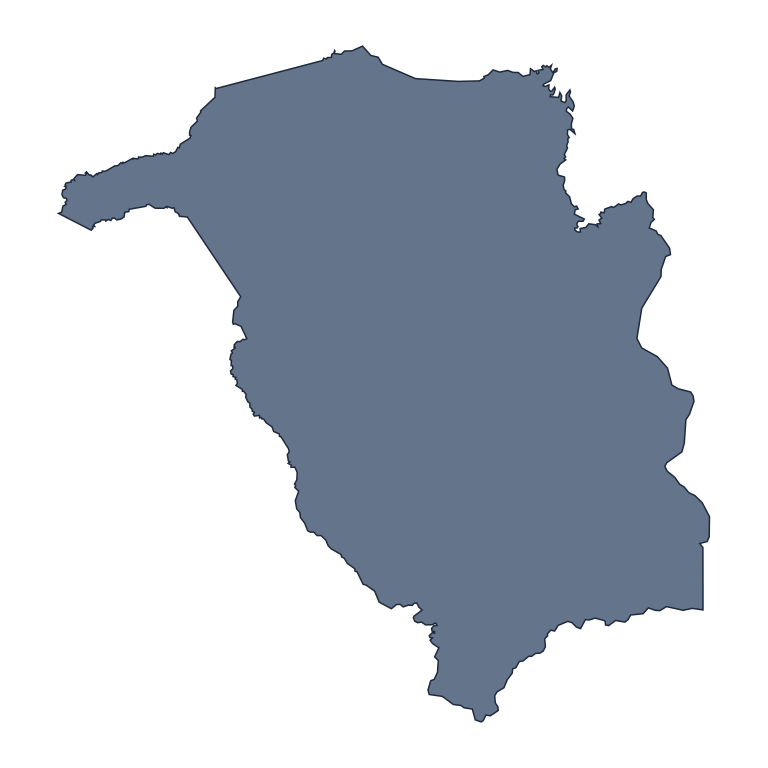 Kasempa, North-Western, Zambia
{"feature_id": "96606910B75049689384444", "entity_name": "Kasempa", "entity_type": "district", "adm_level": 2, "iso_a3": "ZMB", "parent_name": "Zambia", "parent_adm1": "North-Western", "projection": "mercator", "projection_center": [25.871, -13.795], "detail": "fine", "context": "isolated", "style": "filled", "palette": "slate", "viewbox_px": 768, "rotation_deg": 0, "n_neighbors": 0, "source": "geoboundaries", "source_scale": "gbopen_adm2", "svg_char_len": 6017}
<svg xmlns="http://www.w3.org/2000/svg" viewBox="0 0 768 768"><path d="M215.3,87.8L215.0,97.2L200.5,110.9L200.8,112.2L196.6,118.0L197.3,121.1L191.0,127.3L189.6,131.8L189.6,135.2L191.0,135.7L189.7,138.3L180.3,144.2L179.3,147.8L177.8,147.4L175.7,151.6L172.6,153.5L170.7,152.4L168.9,154.6L163.3,152.7L162.3,154.1L161.0,153.1L160.5,154.2L157.3,153.4L155.9,154.8L153.7,154.2L153.4,156.2L145.5,155.7L142.2,157.2L138.5,157.0L138.5,158.5L137.2,158.9L133.1,158.2L132.9,159.3L131.8,158.8L124.8,162.7L122.9,162.3L122.7,163.5L120.9,162.7L117.8,165.7L114.7,165.9L105.4,171.3L102.3,171.0L101.9,172.5L98.3,173.0L97.5,174.6L96.6,173.7L92.9,176.9L90.8,174.9L89.3,175.1L86.5,171.8L85.3,173.0L86.5,173.6L85.5,175.3L77.5,174.6L74.0,178.6L74.4,180.3L73.3,179.5L71.1,180.3L71.2,181.9L66.1,183.0L65.2,184.5L65.7,185.5L64.6,186.3L66.3,187.3L65.4,189.2L62.8,190.1L61.9,194.6L63.5,197.7L66.4,198.5L67.0,200.5L65.1,202.3L66.2,204.3L62.9,206.1L61.7,212.1L58.5,213.4L91.2,230.2L93.0,228.4L92.7,226.5L94.7,226.5L93.7,225.1L95.0,223.3L100.3,221.5L101.3,219.9L105.4,219.9L105.9,221.1L107.9,219.5L110.9,220.5L112.4,218.1L114.7,218.2L116.7,219.9L120.9,219.1L124.1,216.9L124.8,212.2L128.8,211.6L129.2,209.3L145.9,206.3L146.6,204.8L149.0,204.3L155.1,208.2L164.0,208.3L165.7,206.9L167.0,207.7L167.1,206.5L172.3,208.3L174.0,207.7L175.1,211.7L178.4,213.6L179.5,216.3L187.3,217.0L240.7,296.7L237.7,301.8L237.8,306.2L233.9,310.3L232.6,322.4L233.3,324.2L234.9,323.7L241.0,326.3L246.8,338.6L244.7,339.8L242.9,339.3L240.1,341.6L237.3,341.4L234.1,344.9L235.1,347.5L234.1,347.2L234.4,348.7L231.3,350.8L232.5,353.0L231.0,354.2L229.9,359.5L231.4,360.4L231.1,365.6L232.5,365.8L232.9,368.5L230.5,371.1L231.1,374.0L233.1,374.5L233.0,376.6L235.8,377.4L235.1,378.9L236.9,379.9L237.3,383.6L235.9,385.4L242.3,389.4L242.4,391.3L243.7,391.2L246.2,394.6L245.6,397.1L247.8,401.7L249.8,403.2L250.0,407.3L251.9,408.8L252.3,411.3L254.4,412.3L253.2,414.2L254.4,416.1L259.4,415.4L259.6,418.0L261.3,417.5L261.8,418.9L263.6,419.0L266.1,422.7L272.0,426.9L273.7,431.5L279.3,434.0L279.5,436.3L281.2,437.1L288.5,448.7L289.2,452.0L287.3,454.6L288.4,461.1L289.8,461.9L288.1,463.4L291.2,465.1L291.0,467.3L294.9,467.2L297.2,472.5L296.8,479.9L294.5,484.2L295.7,485.4L294.8,487.5L298.7,491.2L295.3,500.6L296.7,508.9L299.8,512.4L300.4,517.5L304.6,523.0L307.7,530.7L310.2,532.1L313.7,532.1L317.2,535.6L321.1,535.6L325.8,540.1L328.2,545.8L331.4,549.0L340.9,554.4L341.6,556.9L344.3,558.3L347.3,563.4L354.8,568.7L355.0,571.2L357.1,571.8L363.1,584.3L365.8,584.9L374.7,591.2L379.2,602.2L391.4,608.7L396.5,604.5L400.2,604.4L403.2,606.9L408.2,605.2L412.4,605.3L413.9,603.4L416.8,603.0L418.9,607.2L422.1,610.0L414.0,616.2L413.4,617.6L414.7,621.2L417.6,622.7L421.5,622.1L425.7,624.9L432.3,624.7L435.2,623.0L436.8,624.3L436.9,625.5L434.0,625.6L431.5,628.5L432.0,631.0L434.6,631.7L434.5,633.2L432.6,632.5L429.2,635.7L430.0,637.5L432.4,638.0L430.1,640.2L432.5,643.5L438.9,647.8L434.6,656.9L438.3,660.5L437.5,672.1L434.3,679.3L430.7,680.7L428.0,689.9L429.2,694.5L442.4,696.4L453.3,704.5L461.1,705.5L463.9,707.7L472.3,709.1L475.3,719.9L481.2,721.9L483.2,720.6L486.0,715.0L490.3,715.8L498.2,710.5L497.9,706.8L495.3,702.9L494.7,695.7L497.1,691.8L503.9,687.8L507.3,679.6L512.2,673.2L512.7,668.8L515.9,667.7L519.3,661.5L523.0,661.0L528.7,656.3L531.7,656.3L535.5,653.4L539.8,653.2L543.2,651.1L545.4,646.8L544.7,638.8L547.6,635.9L547.4,633.9L550.7,630.2L554.7,631.0L558.1,625.4L567.8,621.4L572.1,622.7L576.4,627.1L580.6,628.6L585.4,619.6L589.3,620.0L594.9,618.1L603.8,620.4L605.2,621.4L605.5,625.0L608.7,625.6L615.6,620.5L624.9,622.1L628.1,619.6L630.7,615.0L643.1,613.7L648.4,607.9L655.4,610.4L660.0,610.6L666.5,606.6L683.1,610.3L692.1,608.4L703.0,609.9L702.9,547.5L699.7,543.5L707.2,541.5L709.2,536.8L709.5,516.7L702.2,502.7L694.8,495.5L688.9,492.8L684.2,487.0L679.5,484.1L674.9,477.5L667.2,471.2L664.8,466.3L666.8,462.7L681.9,451.9L684.3,443.0L685.9,419.7L689.5,414.2L694.0,401.3L693.1,395.9L690.7,392.0L678.3,388.8L671.9,385.1L667.5,368.1L657.4,356.7L641.7,347.9L636.9,338.5L641.8,308.1L661.0,276.5L661.2,269.5L665.7,256.5L670.5,254.6L669.6,248.3L660.8,235.5L657.9,234.4L656.1,230.9L649.2,227.9L651.1,222.4L654.3,219.4L652.8,217.5L653.4,209.7L647.9,203.6L646.2,199.3L646.3,193.0L644.6,192.0L642.5,192.4L640.6,196.0L637.2,196.0L633.0,198.7L631.1,202.3L627.7,201.4L625.8,203.4L620.9,205.0L618.6,203.9L613.7,207.5L611.6,206.6L604.9,209.0L604.0,212.8L600.9,212.1L600.6,213.8L599.0,214.4L601.7,218.1L599.0,220.1L600.8,223.6L597.1,223.9L597.7,226.7L595.5,224.7L588.8,223.8L585.8,227.5L580.1,228.5L580.4,232.1L577.3,231.9L574.8,229.8L574.7,228.2L577.2,227.9L578.0,226.6L576.6,224.1L578.3,221.3L583.1,221.2L584.3,219.0L574.4,214.2L575.1,209.9L578.2,208.9L576.6,206.1L574.2,206.7L571.4,203.8L569.6,196.8L565.7,193.0L565.8,191.0L564.0,189.4L563.2,185.4L564.7,180.5L564.5,177.0L558.1,175.1L556.9,169.3L560.1,164.0L565.8,159.9L564.1,158.4L565.6,156.9L564.3,154.5L567.5,148.1L566.6,145.7L568.1,141.8L567.8,138.6L569.2,137.6L567.4,134.5L567.6,129.8L569.8,129.4L574.9,133.6L573.7,129.4L571.5,128.9L571.4,123.7L572.9,118.4L570.0,114.0L566.3,111.3L566.8,108.3L568.3,107.0L572.6,111.0L574.3,106.1L573.2,102.0L569.1,96.1L570.5,91.9L569.9,89.9L566.1,95.0L566.2,100.7L564.8,102.6L561.0,101.0L561.7,95.9L559.9,92.5L558.6,97.4L550.1,96.7L550.6,94.8L552.8,95.0L553.7,93.9L555.2,89.2L554.6,87.2L551.8,91.1L550.4,91.3L548.7,89.1L549.0,84.9L545.4,86.4L543.0,85.8L543.9,84.0L550.7,80.6L553.9,72.7L556.7,71.4L557.2,68.5L555.3,68.8L552.9,72.7L550.4,69.0L551.5,65.2L549.0,67.5L547.0,65.7L545.5,66.8L543.2,65.4L541.7,66.8L543.0,69.5L538.0,70.4L538.9,72.9L538.1,73.6L537.1,73.8L536.2,70.8L534.5,71.6L530.5,68.7L530.0,74.6L522.9,76.4L518.2,72.5L513.1,72.4L507.6,70.4L499.8,72.1L493.0,69.9L488.4,74.7L483.9,76.5L484.3,78.1L479.5,80.9L458.2,81.4L418.3,78.8L415.2,78.5L382.4,64.3L378.1,57.2L370.9,55.5L362.5,46.1L351.8,50.9L344.5,51.0L341.3,54.3L334.2,53.5L334.9,51.3L334.9,50.9L334.6,50.5L333.7,53.3L331.7,54.3L331.5,57.4L327.4,57.6L326.3,59.0L323.6,58.2L322.7,60.5L216.2,88.5L215.3,87.8Z" fill="#64748b" stroke="#1e293b" stroke-width="1.5"/></svg>